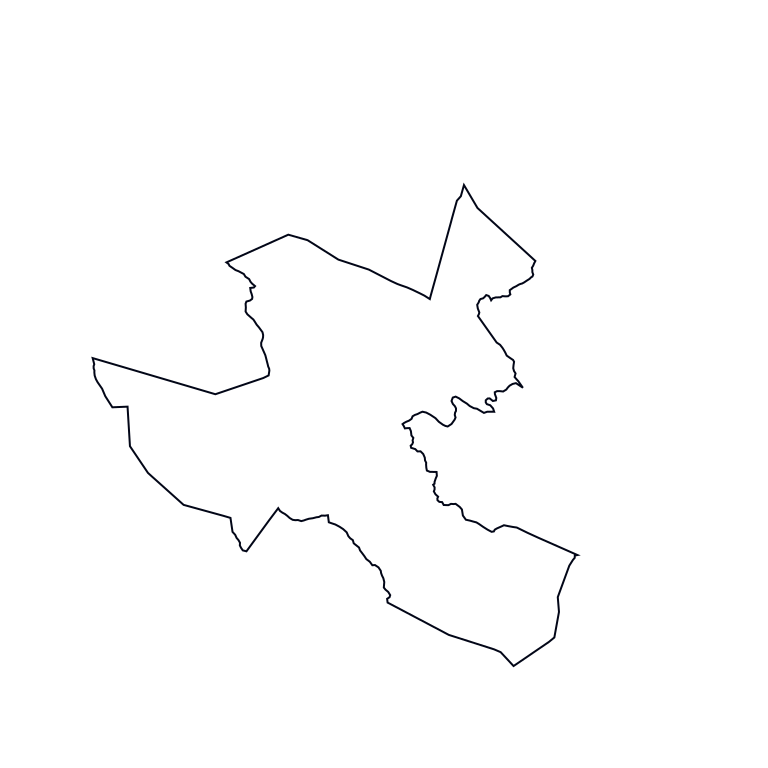 Oeiras, Piauí, Brazil, rotated 118°
{"feature_id": "56859067B10450749339831", "entity_name": "Oeiras", "entity_type": "district", "adm_level": 2, "iso_a3": "BRA", "parent_name": "Brazil", "parent_adm1": "Piauí", "projection": "equal_earth", "projection_center": [-42.206, -6.968], "detail": "fine", "context": "isolated", "style": "outline", "palette": "ink", "viewbox_px": 768, "rotation_deg": 118, "n_neighbors": 0, "source": "geoboundaries", "source_scale": "gbopen_adm2", "svg_char_len": 4354}
<svg xmlns="http://www.w3.org/2000/svg" viewBox="0 0 768 768"><g transform="rotate(118 384 384)"><path d="M444.2,132.9L447.3,175.6L448.0,187.3L448.4,199.4L449.7,203.0L451.1,207.4L452.4,211.8L454.3,213.2L458.5,216.5L460.6,217.8L462.6,217.8L464.0,219.6L464.0,224.1L463.6,229.4L463.0,234.3L462.8,237.4L463.6,240.8L464.2,243.7L465.4,248.0L463.1,252.6L458.2,256.3L457.0,259.4L456.2,264.5L457.4,266.3L458.4,268.6L460.7,270.2L461.7,272.2L462.8,274.5L461.0,277.2L462.1,279.8L461.5,282.2L459.9,283.2L458.1,283.3L457.2,286.8L455.4,289.6L453.5,289.8L451.5,290.8L449.9,293.3L448.3,292.6L446.7,293.4L444.8,293.7L443.1,294.0L440.3,294.2L437.0,296.3L440.0,302.2L440.3,305.5L438.1,307.3L435.4,309.0L433.7,309.8L432.2,311.9L429.9,313.4L427.4,316.5L426.3,320.1L427.8,322.8L426.8,325.8L427.6,330.1L425.9,331.5L424.1,330.8L421.9,331.0L420.3,332.3L417.8,332.8L416.6,335.6L413.0,338.1L410.9,340.7L412.2,343.0L413.4,344.7L411.7,347.0L410.7,348.8L409.0,348.0L406.9,346.6L404.6,344.7L401.8,343.3L399.1,343.6L396.8,342.2L394.8,340.3L392.3,338.6L390.4,337.0L389.4,333.3L389.4,328.7L390.0,322.5L391.6,317.9L392.3,312.8L392.2,310.1L391.6,307.8L387.6,305.6L382.3,304.9L380.0,305.1L378.1,307.0L375.9,307.8L374.0,307.8L371.7,309.0L370.3,311.0L369.3,313.8L367.3,316.4L363.7,316.9L361.5,314.8L361.4,310.8L362.1,306.5L362.4,301.6L363.2,298.0L363.2,293.4L362.2,290.3L362.6,282.2L360.0,279.8L356.8,273.7L354.4,276.2L352.9,280.2L353.5,283.7L352.5,285.5L350.6,286.5L348.1,285.6L347.1,283.9L347.9,279.9L345.9,277.5L343.6,278.3L340.9,281.3L339.3,282.3L337.2,280.8L336.0,278.6L334.7,275.3L331.5,273.4L328.9,273.0L326.5,272.3L323.6,270.5L321.3,267.9L322.1,259.6L318.5,266.7L317.6,269.2L316.5,272.0L312.9,272.8L311.5,275.3L309.4,277.3L306.5,278.5L303.3,279.6L302.2,281.3L301.8,285.2L301.3,289.0L299.3,291.7L297.7,294.2L296.5,296.3L294.9,299.9L294.5,304.0L279.9,333.0L277.9,333.0L276.1,333.4L273.3,336.6L270.3,338.9L267.6,338.7L265.7,339.0L263.7,338.7L261.8,336.7L259.8,336.0L257.5,335.5L257.1,332.9L258.3,330.6L259.8,328.7L257.4,328.3L255.1,326.0L252.8,321.9L250.8,320.7L249.6,317.9L248.3,315.7L245.6,314.5L244.1,315.9L242.1,317.0L239.7,315.8L238.2,315.1L235.5,313.1L233.1,311.7L231.7,310.6L230.4,309.2L228.6,308.0L225.6,306.4L222.8,304.8L221.0,304.3L219.4,303.4L217.3,303.6L215.6,305.5L213.6,306.6L212.0,308.0L209.6,307.8L206.9,308.1L204.3,308.1L184.7,384.1L170.8,406.8L182.1,404.3L187.9,405.7L206.5,401.6L209.4,400.9L264.3,388.6L284.7,384.1L287.5,383.4L287.0,389.8L287.1,394.7L287.3,399.7L287.4,402.6L287.9,409.0L288.9,415.4L289.4,419.1L289.8,426.1L290.1,451.1L295.6,482.7L292.9,519.0L297.1,538.6L350.6,580.2L351.0,577.6L352.2,575.9L352.6,572.3L353.1,568.6L352.7,565.4L352.7,559.4L354.3,556.7L354.7,552.3L356.4,549.9L357.3,547.6L358.1,543.8L359.9,544.2L362.0,547.2L364.8,545.2L366.7,543.1L369.0,541.0L370.8,540.4L373.2,541.5L375.8,544.2L378.1,543.9L381.3,541.9L385.0,540.2L386.6,537.4L387.9,532.0L388.4,529.6L389.6,527.4L391.4,524.3L392.7,521.0L394.2,517.9L395.3,515.6L397.5,513.7L399.6,512.7L401.2,512.3L405.3,511.8L408.1,510.2L409.8,508.0L414.3,502.3L416.9,499.9L418.9,498.1L421.5,495.7L422.9,494.5L424.4,492.6L426.0,491.5L430.6,489.9L435.4,493.4L472.2,528.1L491.5,622.3L497.9,653.4L502.6,649.1L504.5,648.8L506.5,647.7L507.9,646.1L509.9,645.1L512.4,643.4L515.0,640.6L516.9,637.7L520.5,630.7L525.6,624.4L532.1,612.9L524.4,599.8L558.2,579.1L573.3,550.7L574.7,545.2L575.6,541.5L584.8,504.2L575.8,464.0L574.3,456.7L585.7,448.3L587.0,444.6L589.1,441.9L590.1,439.3L591.8,436.6L594.2,435.5L595.7,433.4L597.2,430.6L596.3,426.9L557.9,421.4L543.3,419.1L544.9,416.3L545.3,413.4L545.3,410.5L545.8,407.5L546.6,404.4L546.8,400.9L545.9,398.4L544.5,396.1L543.9,392.7L542.1,390.7L540.4,389.2L538.2,387.0L535.9,383.8L533.4,381.1L532.0,379.1L529.5,377.4L527.9,374.2L526.2,371.9L532.0,367.8L531.6,365.1L530.9,361.0L530.9,356.2L531.3,351.9L532.5,347.3L535.1,344.0L536.1,341.4L536.5,338.2L538.9,335.9L540.1,329.3L542.2,327.0L543.5,324.1L545.2,320.5L546.9,317.4L547.6,313.1L549.5,309.2L548.1,307.0L548.5,302.8L550.5,299.1L552.2,297.9L554.1,295.8L555.8,293.4L558.7,290.8L561.7,289.5L563.8,288.6L564.9,286.1L565.6,282.7L567.5,279.4L569.7,279.0L572.2,280.4L575.3,278.2L575.2,247.8L575.1,209.0L566.6,162.2L566.4,159.8L566.0,155.1L572.2,137.2L569.0,135.5L534.3,117.3L527.8,114.6L503.1,122.5L490.6,130.5L457.4,135.1L450.6,134.6L448.0,134.0L445.9,135.0L444.2,132.9Z" fill="none" stroke="#020617" stroke-width="2"/></g></svg>